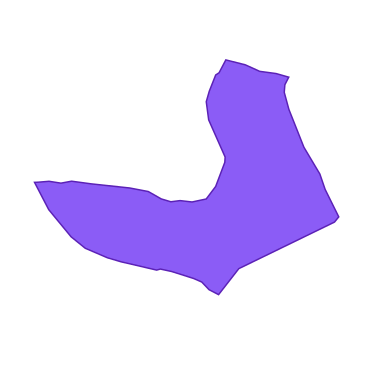 the district of Santa Clara La Laguna, Sololá, Guatemala, rotated 64°
{"feature_id": "79465075B26793890214768", "entity_name": "Santa Clara La Laguna", "entity_type": "district", "adm_level": 2, "iso_a3": "GTM", "parent_name": "Guatemala", "parent_adm1": "Sololá", "projection": "mercator", "projection_center": [-91.309, 14.72], "detail": "fine", "context": "isolated", "style": "filled", "palette": "violet", "viewbox_px": 384, "rotation_deg": 64, "n_neighbors": 0, "source": "geoboundaries", "source_scale": "gbopen_adm2", "svg_char_len": 731}
<svg xmlns="http://www.w3.org/2000/svg" viewBox="0 0 384 384"><g transform="rotate(64 192 192)"><path d="M295.9,213.1L281.4,183.5L281.5,77.1L278.7,71.0L248.0,71.2L231.9,69.2L200.8,71.8L160.2,68.7L142.9,65.4L136.3,61.5L131.2,54.7L122.4,64.5L113.2,78.3L101.1,88.3L88.1,103.7L96.7,115.4L97.2,119.4L109.0,132.3L117.1,139.6L134.5,145.4L175.1,146.9L179.7,149.5L197.4,168.3L204.5,182.3L201.0,196.3L194.5,206.5L191.5,215.3L184.7,222.7L172.4,231.1L161.1,246.2L140.5,279.0L129.5,295.5L126.6,305.9L119.7,315.8L115.7,326.1L114.3,329.3L145.1,328.5L179.3,320.3L195.8,312.6L214.0,296.9L223.7,286.3L246.7,258.0L247.4,254.2L254.5,245.2L270.5,228.4L277.2,222.7L287.3,219.5L295.9,213.1Z" fill="#8b5cf6" stroke="#5b21b6" stroke-width="1.5"/></g></svg>